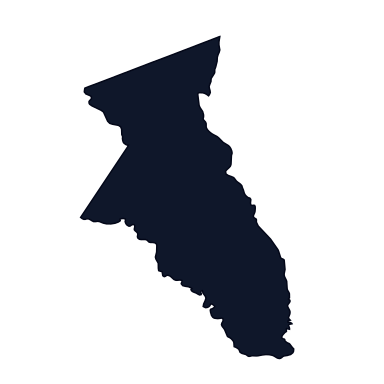 SVG path tracing the border of Pando, rotated 96°
{"feature_id": "BOL-1938", "entity_name": "Pando", "entity_type": "Department", "adm_level": 1, "iso_a3": "BOL", "parent_name": "Bolivia", "parent_adm1": "", "projection": "robinson", "projection_center": [-66.899, -11.088], "detail": "fine", "context": "isolated", "style": "filled", "palette": "ink", "viewbox_px": 384, "rotation_deg": 96, "n_neighbors": 0, "source": "natural_earth", "source_scale": "10m", "svg_char_len": 5022}
<svg xmlns="http://www.w3.org/2000/svg" viewBox="0 0 384 384"><g transform="rotate(96 192 192)"><path d="M338.0,74.4L339.9,74.4L341.3,74.9L343.3,76.9L344.3,79.5L344.5,79.8L345.5,83.5L346.2,84.5L347.2,85.4L348.1,86.5L348.5,87.8L348.2,89.8L346.6,93.2L346.0,95.0L345.7,98.4L346.0,101.8L346.7,105.0L348.0,109.3L348.3,111.1L348.5,114.7L348.7,115.6L349.4,117.5L349.5,118.4L349.3,119.2L348.0,121.3L347.3,125.4L346.4,127.4L343.6,128.9L342.6,130.5L341.8,132.3L341.4,133.9L337.5,134.6L336.3,135.1L335.3,136.0L333.9,137.5L332.8,139.4L332.3,141.0L331.8,141.7L325.4,145.2L324.0,146.4L322.5,147.9L320.9,148.8L319.3,148.6L317.7,147.9L316.2,147.6L314.5,148.2L314.3,149.6L314.8,151.3L315.2,153.1L315.2,155.2L315.1,156.8L314.4,158.2L312.7,159.7L309.5,161.0L307.5,161.5L306.6,161.1L306.3,160.3L305.5,159.0L304.5,157.9L303.6,157.4L302.7,158.1L301.7,159.7L301.2,161.2L301.9,161.9L303.3,162.4L304.5,163.5L305.3,165.0L305.6,166.5L304.7,168.9L302.1,168.7L298.9,167.6L296.1,167.0L294.4,167.8L291.4,170.5L289.0,171.3L289.1,171.9L289.5,172.4L290.0,172.8L290.8,172.8L292.3,172.1L293.1,172.2L293.6,173.6L293.0,175.3L292.1,177.2L291.2,180.5L290.3,182.1L289.2,182.8L288.0,182.0L287.4,183.1L286.6,185.6L286.5,188.6L286.1,191.4L284.4,193.1L283.2,192.9L281.9,192.5L281.0,192.8L280.8,194.8L281.4,197.8L281.4,199.2L280.9,200.8L278.2,204.5L277.6,205.8L277.3,207.8L277.8,208.8L278.6,209.6L279.1,210.8L278.3,212.3L274.3,213.4L274.1,215.2L273.7,216.9L271.4,217.5L266.4,218.1L262.4,220.9L260.5,221.6L255.5,220.9L248.8,221.4L247.1,222.2L246.4,223.8L246.3,225.9L246.5,228.0L246.3,229.5L244.5,231.8L244.1,233.4L244.6,237.5L244.5,239.4L243.5,241.0L242.3,241.6L239.7,241.5L238.5,241.9L237.5,243.0L236.6,244.4L235.6,245.4L234.2,245.5L233.0,245.3L231.5,245.4L230.5,246.1L230.6,247.7L231.4,249.0L232.3,249.9L232.6,251.1L231.8,253.0L230.8,254.1L229.6,254.9L228.3,255.4L227.0,255.2L225.8,255.5L225.5,257.2L225.8,259.3L226.4,260.7L226.9,260.9L227.4,260.7L227.8,260.4L228.1,260.4L228.5,260.8L229.6,262.2L231.1,265.3L232.2,269.4L232.6,273.6L232.2,277.0L231.1,280.9L231.0,282.7L231.5,284.8L231.7,286.8L231.0,288.6L230.1,290.4L229.5,292.3L229.7,293.9L230.3,295.3L230.5,296.7L230.0,298.3L228.9,300.1L153.6,260.6L152.2,260.2L152.3,260.6L151.7,262.8L150.6,264.7L149.4,265.7L147.6,266.4L145.8,266.8L144.3,266.7L142.3,267.8L136.8,268.6L134.6,269.8L133.4,272.1L132.9,278.2L132.3,281.0L130.4,283.3L121.7,288.4L120.2,291.0L116.8,300.5L115.4,303.0L114.5,303.6L113.0,303.9L111.8,303.4L110.7,302.4L109.5,301.8L107.7,302.1L106.9,303.3L105.5,307.9L105.1,308.1L104.2,309.2L103.8,309.5L103.1,309.6L100.7,309.5L99.9,309.4L98.0,305.8L90.4,290.6L82.7,275.5L75.0,260.4L67.3,245.3L59.7,230.1L52.0,215.0L44.3,199.9L36.6,184.8L36.3,184.3L36.1,183.7L35.8,183.2L35.5,182.7L35.3,182.2L35.0,181.7L34.7,181.2L34.5,180.6L40.0,180.9L42.9,180.6L47.8,179.2L50.2,179.6L52.7,180.4L55.3,180.9L59.5,180.7L65.2,181.5L67.9,182.2L70.5,181.9L71.6,182.1L77.1,184.8L77.4,184.8L78.1,184.8L78.4,184.8L80.1,184.7L83.6,185.7L85.4,186.0L87.2,185.5L89.2,184.7L91.2,184.2L93.4,184.9L94.6,185.6L93.4,187.6L92.6,189.6L92.2,191.7L92.5,195.2L92.7,195.9L93.3,196.4L94.6,196.4L105.1,194.0L107.1,192.9L110.9,189.8L114.0,188.6L115.3,188.4L116.5,188.4L117.8,188.6L118.8,188.3L121.1,185.8L122.5,185.1L125.9,184.7L127.2,184.1L128.7,182.9L130.1,181.3L131.3,179.5L132.3,177.7L134.3,172.8L135.3,171.2L139.4,166.2L142.0,160.7L143.0,159.4L144.7,158.0L147.0,156.8L148.2,156.4L149.4,156.2L151.5,156.6L160.3,156.1L161.4,156.3L162.4,156.6L163.8,157.6L166.7,160.1L168.1,160.8L170.6,160.0L171.8,157.6L172.5,154.6L173.3,152.1L174.1,151.2L176.4,149.1L177.3,147.8L178.7,145.3L179.5,144.2L180.7,143.0L182.1,142.5L184.7,141.1L187.7,139.9L189.2,138.9L190.5,137.5L191.5,136.0L191.9,135.0L191.9,134.3L192.1,133.7L192.9,133.0L193.5,132.7L196.8,132.7L197.6,132.5L198.4,132.2L199.0,131.7L199.1,130.9L198.7,129.1L198.8,128.3L199.8,127.7L201.5,127.4L204.6,127.3L205.9,127.5L208.8,128.4L210.0,128.4L210.9,127.8L211.5,126.9L211.9,125.9L212.4,125.2L213.2,125.0L214.7,124.9L215.5,124.7L218.9,122.6L230.7,108.9L240.4,100.5L241.8,99.7L247.8,97.1L248.5,96.5L248.9,95.9L249.1,94.9L249.4,94.1L249.8,93.4L250.6,93.1L259.3,91.4L263.8,91.8L265.2,91.6L266.7,91.0L269.7,89.1L270.9,88.5L278.1,87.3L279.5,86.8L281.8,85.1L283.0,84.5L287.1,84.0L287.4,84.2L287.6,84.5L288.0,84.8L288.4,84.9L288.7,84.6L289.2,83.6L289.5,83.3L290.6,83.1L291.0,83.2L291.9,83.6L293.9,84.8L294.9,85.1L296.3,84.7L299.6,82.5L300.9,82.0L302.2,81.9L303.3,82.0L306.3,82.8L307.1,82.9L308.0,82.3L309.2,80.9L309.4,81.5L309.7,82.2L310.1,82.9L310.5,83.2L311.3,83.1L311.5,82.4L311.4,81.5L311.5,80.8L312.1,79.2L312.6,78.8L313.0,79.9L313.2,80.7L313.4,81.3L313.8,81.8L314.4,82.1L317.2,80.8L318.3,80.7L318.1,82.6L317.8,83.7L318.1,83.9L318.7,83.8L319.3,83.9L319.5,83.9L320.3,83.6L320.6,83.5L321.1,83.8L321.7,84.6L322.1,85.0L324.3,86.6L325.4,87.2L326.7,87.6L327.6,87.5L327.9,87.1L328.1,86.6L328.5,86.0L328.6,85.7L328.6,84.9L328.8,84.6L329.1,84.3L330.0,84.2L330.3,84.0L331.2,82.9L331.9,81.7L332.2,80.9L332.5,79.7L333.0,78.9L336.3,75.8L337.3,74.5L338.0,74.4Z" fill="#0f172a" stroke="#020617" stroke-width="1.5"/></g></svg>